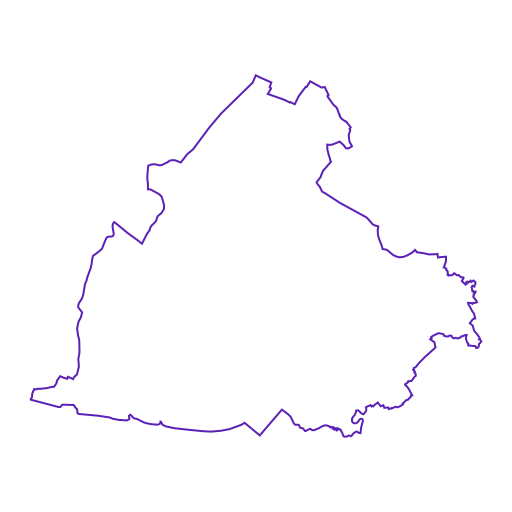 Bang Pakong, Chachoengsao, Thailand (Albers equal-area conic projection)
{"feature_id": "78962969B35774632549792", "entity_name": "Bang Pakong", "entity_type": "district", "adm_level": 2, "iso_a3": "THA", "parent_name": "Thailand", "parent_adm1": "Chachoengsao", "projection": "albers", "projection_center": [100.994, 13.548], "detail": "fine", "context": "isolated", "style": "outline", "palette": "violet", "viewbox_px": 512, "rotation_deg": 0, "n_neighbors": 0, "source": "geoboundaries", "source_scale": "gbopen_adm2", "svg_char_len": 6047}
<svg xmlns="http://www.w3.org/2000/svg" viewBox="0 0 512 512"><path d="M255.8,75.3L252.7,82.6L221.2,113.4L209.0,127.9L193.1,149.3L187.1,154.3L180.9,162.4L180.1,162.4L177.3,161.1L174.7,160.2L171.9,160.2L169.8,160.6L167.4,162.3L161.6,165.1L159.2,165.3L156.2,164.5L154.0,164.2L151.0,164.6L148.2,165.7L147.3,176.2L147.3,178.9L148.0,184.0L147.9,189.3L149.9,189.3L151.4,189.9L159.0,194.1L161.1,196.0L161.9,197.4L164.1,205.2L163.9,209.1L161.5,213.0L158.6,215.4L157.4,216.7L156.1,220.9L153.6,223.7L151.9,225.2L150.5,227.2L149.3,230.8L146.9,233.9L142.0,243.7L137.3,240.0L128.4,233.6L115.1,222.7L114.1,222.1L113.4,223.0L112.6,225.1L112.7,227.7L113.7,233.4L113.6,234.8L113.2,235.5L112.6,236.2L111.8,236.5L108.3,236.7L106.8,237.4L105.0,241.0L102.0,248.8L98.4,251.9L92.9,256.0L91.8,261.7L91.7,263.7L90.6,268.3L87.4,277.0L86.5,280.6L85.0,284.2L83.2,294.9L82.0,298.4L78.9,303.2L78.3,305.3L78.1,306.5L78.4,307.6L81.7,311.8L82.1,312.7L80.8,317.5L78.6,321.5L77.1,328.3L78.1,335.6L79.2,339.8L79.5,351.5L79.3,353.9L78.3,359.0L78.9,366.5L77.0,374.4L73.9,377.3L73.1,379.1L68.0,376.8L67.2,378.8L64.0,377.9L60.2,376.2L57.0,380.6L56.4,383.4L53.9,386.9L52.2,386.8L46.8,388.1L40.8,388.8L37.5,388.8L37.0,389.2L35.3,389.3L34.2,389.0L33.9,390.3L33.1,391.1L32.8,392.5L32.3,393.3L32.0,397.2L30.7,399.2L30.8,399.7L58.8,407.1L60.3,407.0L62.2,404.8L62.7,404.7L73.8,405.0L74.5,406.0L74.8,406.9L77.1,409.3L77.5,413.3L79.2,414.0L97.8,415.7L109.4,417.4L112.7,418.7L118.8,419.9L126.1,420.4L127.5,420.2L129.3,419.1L129.5,418.5L129.1,417.3L129.0,415.8L130.1,414.8L131.0,415.2L133.2,417.7L134.3,418.4L137.1,419.0L143.6,422.3L146.2,423.2L151.6,424.2L157.6,424.7L159.7,423.9L160.4,422.5L160.5,421.6L160.9,421.7L162.5,424.7L165.8,426.4L175.0,428.3L189.8,429.9L202.8,431.2L211.4,431.6L221.3,430.7L229.6,429.1L241.6,424.7L244.6,422.8L259.8,435.4L281.9,409.6L288.3,414.4L290.1,416.2L291.0,417.4L293.4,422.5L294.7,424.5L295.4,424.7L298.5,424.8L299.3,425.6L299.6,427.0L300.0,427.6L300.7,428.0L302.1,428.1L303.0,428.4L305.1,431.0L305.7,431.0L309.7,428.9L310.8,429.1L312.2,430.2L314.7,430.1L316.2,429.2L318.8,428.3L321.0,426.9L323.4,425.8L324.8,425.4L327.2,425.5L329.5,426.5L330.2,427.3L330.9,426.7L332.5,427.2L332.5,428.3L333.1,428.0L333.5,427.3L333.9,427.4L334.2,427.8L333.9,428.2L334.1,428.7L333.9,429.1L334.6,429.8L335.8,428.9L335.7,428.3L336.1,428.2L336.4,428.4L336.5,430.0L336.7,430.4L337.5,429.9L337.8,428.5L338.1,428.8L338.6,428.7L339.2,429.3L340.0,429.3L340.2,429.9L340.9,430.1L341.1,431.0L342.2,432.7L343.0,435.3L343.8,436.4L344.9,436.7L346.8,436.6L348.9,435.5L349.4,435.5L350.7,436.3L351.7,435.6L353.3,433.5L355.7,431.8L357.1,431.6L358.7,432.9L360.5,433.1L361.1,427.7L362.9,420.9L362.7,419.4L361.6,418.8L360.7,418.8L359.9,419.2L357.6,422.3L356.9,422.9L355.7,423.3L354.1,423.2L353.3,422.9L352.4,421.9L352.0,420.9L352.0,418.7L353.1,416.8L354.9,414.7L356.0,412.1L356.2,410.5L357.8,410.4L358.5,410.6L359.1,411.0L361.1,413.3L363.5,414.3L366.1,411.0L366.3,409.2L366.0,407.2L370.4,405.1L371.4,406.4L372.0,405.8L373.2,406.4L374.0,405.4L377.8,402.5L380.7,406.3L383.4,405.2L384.3,407.8L388.3,407.5L388.8,409.1L391.4,408.2L391.5,408.5L395.6,406.7L396.8,407.3L397.4,407.2L399.7,406.5L403.1,404.2L402.7,403.4L403.0,403.0L404.3,402.2L406.1,400.2L408.1,399.7L409.3,398.1L410.5,397.2L410.9,395.7L412.2,395.4L409.0,389.4L407.1,386.7L405.1,384.8L405.0,384.4L408.0,382.3L408.1,381.3L411.5,381.0L414.4,377.0L415.7,375.9L415.7,373.9L414.5,372.8L414.3,372.1L414.9,371.5L413.1,369.7L413.9,369.1L413.8,368.0L415.7,367.1L419.3,362.7L424.8,357.1L435.5,347.5L434.4,342.2L430.3,339.3L431.6,338.3L431.0,337.2L432.8,335.9L437.7,333.5L439.1,333.2L443.4,334.2L443.8,334.7L444.0,335.7L446.4,336.5L448.5,336.4L449.3,335.6L450.2,335.5L451.7,336.0L452.2,337.4L453.9,338.3L454.5,338.3L455.6,337.8L457.9,338.5L458.9,337.9L460.4,337.6L461.3,336.4L462.6,336.2L465.1,335.1L466.6,335.0L465.8,337.9L466.9,341.8L467.5,342.9L468.3,343.6L468.1,344.8L468.4,345.6L469.7,345.5L473.8,346.1L474.8,345.9L476.0,347.1L476.0,347.8L476.3,348.1L477.4,347.9L478.6,346.8L479.1,343.8L479.9,343.3L481.3,341.3L480.1,339.6L479.1,339.4L479.8,338.2L477.4,334.5L474.1,330.7L472.7,325.6L469.8,323.2L472.5,319.7L474.0,318.6L475.2,318.5L474.1,313.7L472.0,310.8L470.1,307.0L468.4,304.3L468.1,302.9L471.1,303.0L472.4,303.9L472.9,303.5L473.1,302.9L475.4,302.8L477.0,302.2L475.9,300.0L473.8,297.8L473.3,296.4L473.8,295.7L473.5,294.5L475.2,293.0L475.5,291.6L473.5,292.0L473.3,291.1L472.4,291.1L472.1,290.3L472.1,289.0L471.6,287.6L471.8,286.7L472.6,285.8L474.3,286.6L474.5,285.5L475.4,284.2L475.4,282.1L473.6,280.5L471.3,282.0L470.6,280.7L468.4,282.5L467.4,281.6L466.4,282.1L466.2,282.6L466.6,283.2L466.6,284.1L465.5,284.6L461.8,281.0L463.3,278.6L463.6,277.8L463.4,277.5L461.4,277.3L460.0,276.5L458.7,275.1L456.8,275.2L454.4,273.3L453.8,273.5L452.8,274.8L451.8,275.3L449.6,275.2L448.5,275.6L448.0,275.4L447.6,274.8L448.0,273.7L447.6,272.9L447.7,271.6L447.1,270.6L446.2,270.1L446.3,268.9L444.9,267.7L443.8,267.5L445.7,262.2L446.0,260.2L446.0,256.7L441.3,257.0L438.0,257.5L437.4,253.9L436.5,254.2L428.9,254.4L423.1,253.1L420.9,252.9L418.3,252.3L417.0,252.4L415.0,249.9L413.4,251.5L411.5,253.0L407.2,255.4L403.4,256.9L399.4,257.3L396.3,256.5L393.4,255.2L387.7,250.5L386.2,249.6L382.6,249.1L381.7,245.6L379.4,239.8L378.0,235.3L377.7,229.7L378.3,226.4L374.8,225.4L372.7,224.3L367.9,218.8L366.1,217.2L340.1,203.0L324.7,193.0L322.1,191.6L319.9,187.0L317.0,183.4L316.6,182.5L316.7,182.0L320.6,177.1L320.9,176.0L323.0,170.9L331.0,161.7L330.3,160.6L330.0,158.5L328.9,155.6L327.3,149.2L327.3,144.6L330.1,144.9L332.5,144.5L339.7,141.6L343.6,145.1L345.9,148.2L347.2,148.5L349.3,148.0L352.0,146.2L349.7,142.1L349.2,140.1L348.7,135.1L350.3,130.0L349.5,128.9L350.7,127.3L346.8,122.3L345.7,121.2L345.2,121.3L341.6,118.8L339.5,115.7L339.8,115.0L338.8,113.4L337.1,108.5L336.1,107.1L333.4,104.7L327.4,96.3L327.5,95.9L328.5,95.4L328.5,94.9L324.7,87.0L321.6,87.6L310.2,81.3L306.7,86.9L305.7,86.8L298.6,96.3L294.8,104.2L290.2,102.1L289.8,102.5L284.1,99.7L267.8,94.0L271.0,88.6L271.0,88.2L269.7,87.2L271.3,82.4L259.6,77.3L255.8,75.3Z" fill="none" stroke="#5b21b6" stroke-width="2"/></svg>